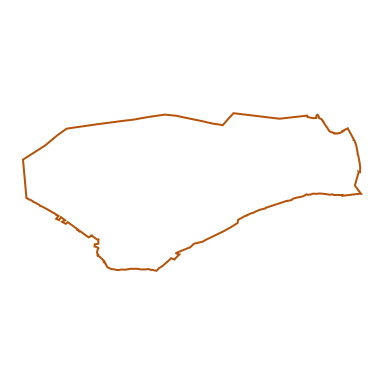 Rijssen-Holten, Overijssel, Netherlands (Equal Earth projection)
{"feature_id": "6326949B3565289974149", "entity_name": "Rijssen-Holten", "entity_type": "district", "adm_level": 2, "iso_a3": "NLD", "parent_name": "Netherlands", "parent_adm1": "Overijssel", "projection": "equal_earth", "projection_center": [6.447, 52.284], "detail": "fine", "context": "isolated", "style": "outline", "palette": "amber", "viewbox_px": 384, "rotation_deg": 0, "n_neighbors": 0, "source": "geoboundaries", "source_scale": "gbopen_adm2", "svg_char_len": 5484}
<svg xmlns="http://www.w3.org/2000/svg" viewBox="0 0 384 384"><path d="M105.2,263.4L105.2,263.6L105.4,263.8L105.7,264.0L105.9,264.2L106.4,265.4L106.9,266.2L107.0,266.4L107.1,266.8L107.5,267.3L108.4,267.7L109.6,268.2L110.7,268.8L111.1,268.9L111.3,269.0L111.9,269.1L113.9,269.3L115.3,269.6L116.1,269.8L117.1,270.0L118.3,270.1L118.6,270.1L120.3,269.7L122.3,269.5L122.9,269.5L124.1,269.7L124.4,269.7L125.0,269.7L128.7,269.2L129.1,269.1L129.7,268.9L130.7,268.8L131.2,268.8L131.9,268.8L133.1,268.8L134.7,268.9L135.8,268.7L136.0,268.7L138.1,268.9L140.0,269.3L141.0,269.4L142.3,269.4L145.8,269.4L147.1,269.1L147.8,269.1L148.6,269.1L149.1,269.2L149.4,269.3L150.4,269.8L150.7,269.9L152.2,269.9L152.7,269.9L153.1,270.0L154.6,270.5L155.4,270.5L156.5,270.8L156.9,270.5L157.3,270.1L157.4,269.9L157.6,269.7L158.9,268.3L159.6,267.8L160.8,267.1L163.0,265.6L163.7,264.9L164.8,264.0L167.5,261.6L169.4,260.0L170.5,258.9L171.1,258.2L174.5,259.5L175.4,258.3L175.8,257.9L179.4,254.4L178.4,254.1L178.2,254.1L177.8,254.0L177.2,253.8L176.8,253.6L176.1,253.3L176.1,253.2L176.3,252.9L181.2,250.9L181.0,251.0L181.3,250.8L183.1,250.1L186.3,248.8L186.8,248.6L187.1,248.5L190.2,247.3L193.8,243.8L203.2,241.5L204.9,240.3L216.9,234.5L221.8,232.1L224.0,231.1L226.0,229.9L225.9,229.9L230.7,227.3L237.6,223.0L238.0,220.0L239.2,219.2L241.8,217.8L244.4,216.3L246.3,215.7L246.7,215.2L246.8,215.1L247.5,215.3L248.2,214.6L252.0,213.0L253.0,212.9L253.7,212.6L255.4,211.6L256.5,211.2L257.9,210.6L258.8,210.1L260.9,209.5L263.6,208.8L264.7,208.6L265.5,208.3L265.8,208.0L265.9,207.7L266.6,207.5L273.1,205.4L287.4,200.7L287.6,200.9L291.4,200.1L293.1,198.7L293.7,198.4L294.8,198.2L296.5,197.7L299.0,197.2L300.8,196.9L301.5,196.7L303.0,196.2L304.0,195.9L305.4,194.9L306.4,194.3L306.5,194.3L307.3,194.7L308.1,194.8L309.2,194.7L310.9,194.5L312.0,194.0L312.4,193.8L313.4,193.7L314.2,193.6L314.9,193.8L315.7,193.9L319.1,193.5L321.2,193.6L324.3,193.9L327.4,194.3L329.5,194.7L330.1,194.7L330.7,194.6L331.9,194.4L332.6,194.4L333.0,194.5L333.9,195.0L337.7,195.0L340.5,195.0L341.4,195.0L342.5,195.0L342.4,195.8L358.0,193.9L359.2,193.8L360.1,193.8L361.0,193.8L355.4,186.3L354.9,185.4L356.7,179.0L358.5,172.8L358.4,171.7L358.7,171.9L359.4,172.2L359.5,172.1L360.0,172.2L360.2,168.2L360.2,167.8L360.2,167.4L360.0,165.8L359.8,164.2L359.7,163.2L358.2,155.2L357.7,154.5L357.6,154.4L357.5,154.1L357.5,153.8L357.5,153.7L357.7,153.0L357.7,152.9L356.9,149.0L356.5,146.6L356.0,144.7L355.4,143.0L355.1,142.2L354.7,141.2L354.1,140.0L354.0,139.9L353.5,139.9L353.6,139.1L350.6,133.6L348.8,130.4L347.9,128.8L347.7,128.3L346.7,129.0L346.2,129.3L345.8,129.4L345.6,129.5L345.5,129.4L344.3,130.1L344.0,130.7L343.8,130.8L343.3,130.8L343.4,130.7L343.7,130.5L343.8,130.4L342.0,131.3L342.0,131.6L342.2,131.8L339.6,133.1L339.0,133.0L338.6,133.1L338.3,133.2L337.9,133.4L337.2,133.6L336.5,133.5L336.5,133.4L335.7,133.5L335.6,133.4L335.4,133.4L335.3,133.5L335.2,133.6L333.9,133.4L333.8,133.2L334.1,133.2L334.3,133.3L334.5,133.3L334.4,133.1L334.1,132.9L332.6,132.4L332.4,132.5L332.2,132.5L331.4,132.2L331.0,132.0L329.9,131.5L329.5,131.3L329.4,131.2L329.4,130.9L329.2,130.5L329.0,130.4L328.8,130.2L327.9,129.0L327.8,128.7L327.5,127.9L326.9,127.3L325.5,125.4L324.6,124.0L324.2,123.5L324.2,123.4L324.1,123.1L323.4,121.8L323.2,121.7L323.3,121.6L323.2,121.5L323.2,121.3L323.0,121.1L322.6,120.6L322.4,120.4L322.3,120.2L322.0,119.9L322.0,119.7L321.9,119.6L321.7,119.4L320.9,118.9L319.9,118.5L319.6,118.4L319.4,118.2L319.5,118.1L319.4,117.8L318.9,117.2L318.7,116.8L318.7,116.3L318.6,116.2L318.3,115.8L318.2,115.7L317.8,114.9L317.6,114.7L317.3,114.8L316.7,115.3L316.2,116.2L316.2,116.4L316.3,117.1L316.5,117.5L316.5,117.8L316.1,118.0L315.1,118.1L313.7,118.1L312.7,118.1L311.5,117.9L310.4,117.6L308.8,117.3L307.5,117.0L307.4,116.9L307.3,116.7L307.3,116.1L307.4,115.8L307.3,115.6L291.2,117.4L279.7,118.7L278.5,118.6L274.1,118.1L265.1,117.0L233.5,113.2L232.7,114.1L231.1,115.8L227.4,119.9L225.4,122.2L222.7,125.2L220.8,124.8L217.3,124.2L216.6,124.2L213.9,123.8L207.7,122.5L202.9,121.3L189.7,118.6L176.3,115.8L164.7,114.6L153.1,116.3L149.6,116.8L141.4,118.2L135.2,119.4L122.0,121.0L96.8,124.3L66.9,128.6L65.9,129.2L57.3,135.3L46.0,144.8L44.8,145.7L23.0,159.6L25.9,191.8L26.4,197.7L26.4,198.0L27.4,198.4L27.7,198.5L28.3,198.8L28.3,199.1L28.5,199.3L29.2,199.6L30.0,199.7L30.7,200.0L32.8,201.2L32.8,201.5L33.6,202.0L34.7,202.5L36.1,203.1L38.4,204.5L39.5,205.1L39.9,205.4L40.1,205.6L40.2,205.9L41.1,206.2L42.3,206.6L48.4,209.9L48.4,210.1L50.2,211.0L52.8,212.6L53.6,212.9L54.1,213.1L55.9,214.3L55.9,214.6L56.1,214.8L56.5,215.0L57.3,215.1L57.9,215.4L58.6,216.0L58.4,216.3L58.1,216.3L56.2,218.9L59.1,220.1L60.6,217.7L60.8,217.3L60.9,217.1L65.1,220.2L62.1,221.8L64.8,223.4L65.8,223.8L67.8,222.2L77.9,229.5L77.3,229.9L79.5,231.5L79.9,231.0L88.7,237.4L91.6,235.8L91.9,235.5L92.0,235.7L91.9,235.7L92.2,236.0L94.9,237.9L97.6,239.8L98.3,239.4L98.5,239.7L98.2,239.9L98.4,243.4L98.3,243.7L98.0,243.7L97.9,243.7L97.5,243.8L95.1,244.3L94.7,244.3L94.7,244.8L94.8,245.5L94.8,245.9L94.7,246.2L94.9,246.4L94.8,246.5L95.6,246.7L96.4,247.0L97.2,247.4L98.3,247.8L98.4,248.0L98.4,248.3L97.8,249.2L97.7,249.6L97.0,252.0L97.3,253.6L97.4,253.8L98.1,254.4L98.2,254.5L97.6,255.4L97.5,255.5L97.6,255.8L97.8,256.0L98.8,256.2L99.0,256.3L99.3,256.4L100.6,257.7L102.6,259.5L103.4,260.3L103.9,260.7L104.2,260.9L104.2,261.0L104.3,261.2L104.4,261.4L104.2,261.6L103.7,261.7L103.6,261.8L103.6,262.0L103.8,262.3L104.4,262.6L105.0,262.8L105.2,263.0L105.3,263.3L105.2,263.4Z" fill="none" stroke="#b45309" stroke-width="2"/></svg>